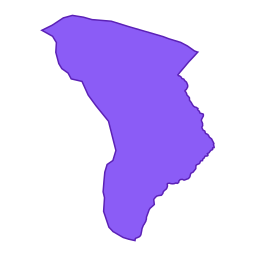 the district of Assoungha, Ouaddaï, Chad
{"feature_id": "50815135B12284790062818", "entity_name": "Assoungha", "entity_type": "district", "adm_level": 2, "iso_a3": "TCD", "parent_name": "Chad", "parent_adm1": "Ouaddaï", "projection": "mercator", "projection_center": [22.07, 13.467], "detail": "fine", "context": "isolated", "style": "filled", "palette": "violet", "viewbox_px": 256, "rotation_deg": 0, "n_neighbors": 0, "source": "geoboundaries", "source_scale": "gbopen_adm2", "svg_char_len": 4103}
<svg xmlns="http://www.w3.org/2000/svg" viewBox="0 0 256 256"><path d="M104.8,172.2L104.0,180.7L103.1,191.8L104.5,197.7L103.6,211.4L108.9,227.2L112.9,231.4L112.9,231.5L123.2,237.5L128.7,239.2L135.0,240.6L135.1,240.0L135.1,239.8L135.3,238.7L135.5,238.5L135.9,238.2L136.0,238.1L137.5,237.6L138.3,237.2L138.8,237.0L139.7,236.5L140.6,235.3L140.9,234.6L141.0,234.3L141.0,234.2L141.3,232.6L141.4,232.3L142.1,228.4L143.2,225.7L143.3,225.4L143.4,225.2L144.3,224.0L144.3,223.9L145.8,221.2L145.9,220.9L146.0,220.3L146.4,219.2L146.4,218.5L146.4,218.1L146.5,216.9L146.6,216.7L147.5,214.3L149.1,209.9L149.2,209.7L149.3,209.5L149.9,208.6L150.0,208.3L150.3,208.1L153.7,205.1L153.9,204.9L154.0,204.8L154.3,204.4L154.1,202.8L154.1,202.7L153.9,200.8L153.7,199.7L153.8,199.4L155.3,197.4L156.8,196.1L158.9,195.5L159.3,195.5L160.1,195.4L160.9,195.3L161.2,195.3L161.6,195.0L161.8,194.8L162.8,193.5L163.0,192.7L163.2,192.0L163.3,191.9L163.8,191.2L164.0,190.9L165.8,189.4L166.3,189.0L166.8,188.2L167.2,187.0L167.5,186.0L167.3,184.8L167.3,184.7L167.2,184.1L167.3,183.9L167.6,183.5L169.3,183.2L169.5,183.2L170.4,183.5L170.7,183.6L171.3,183.7L172.9,183.8L173.3,183.7L173.9,183.7L174.0,183.7L175.6,183.1L176.1,183.1L177.2,183.3L177.4,183.3L177.5,183.2L178.4,182.7L178.5,182.6L178.7,182.3L178.7,181.9L178.8,181.8L178.8,181.5L178.8,181.4L178.9,181.1L179.4,180.5L179.9,179.9L180.6,179.5L182.1,179.4L182.5,179.4L184.0,180.1L184.4,180.0L184.6,180.0L188.4,178.6L189.6,177.2L189.8,176.9L190.0,176.3L190.3,174.9L190.6,173.9L190.7,173.7L191.1,173.1L193.1,172.1L195.0,169.7L195.7,168.8L195.8,168.7L195.8,168.1L195.8,167.8L196.0,165.4L196.8,164.7L197.5,164.4L198.8,163.9L199.3,163.6L199.7,163.2L199.8,162.9L200.5,161.2L200.8,160.9L202.5,160.6L202.6,159.5L203.0,159.0L203.8,158.2L204.0,158.1L204.3,157.8L204.3,157.6L204.8,156.5L205.2,156.1L205.3,156.1L206.2,156.1L206.4,156.0L206.5,156.0L207.1,156.0L207.2,155.9L207.6,155.7L207.8,155.6L207.9,155.4L208.0,154.9L207.8,154.5L207.7,154.3L207.4,153.6L208.0,153.3L208.2,153.2L208.6,153.0L209.0,152.8L209.1,152.7L210.1,151.2L211.0,150.3L211.1,150.2L212.1,149.8L212.5,149.6L212.6,149.4L212.7,149.1L212.5,148.6L212.5,148.2L212.7,147.9L213.1,147.8L214.0,147.7L214.2,147.4L213.7,145.3L213.6,144.7L213.5,144.2L213.9,143.8L213.9,143.7L213.8,143.3L212.7,141.1L211.8,139.3L211.7,139.1L211.6,138.9L209.4,137.2L208.9,136.1L208.4,135.3L207.9,134.6L207.6,134.4L206.7,133.9L206.3,133.8L205.8,133.6L205.2,132.7L204.9,131.2L204.7,131.0L203.8,130.5L203.1,130.1L203.0,129.9L202.8,129.6L202.1,128.2L202.0,127.6L201.9,127.4L202.0,127.2L202.0,126.9L202.1,126.7L202.7,125.7L202.6,125.0L202.6,124.4L202.6,123.6L202.5,123.3L202.4,123.0L202.2,122.4L201.9,121.9L201.6,121.2L201.4,120.7L201.5,119.7L201.6,119.3L202.6,117.4L202.7,117.2L202.8,117.0L203.2,116.3L203.2,116.2L203.3,116.0L203.4,115.1L203.3,114.2L203.2,114.1L202.7,113.9L201.7,113.6L200.6,113.3L199.7,112.7L199.6,112.2L199.4,111.4L198.6,110.6L198.0,110.0L197.9,109.9L197.6,109.3L197.7,109.0L197.7,108.5L197.8,108.4L197.6,108.3L196.7,107.7L195.9,107.2L195.0,107.1L193.7,106.3L193.5,106.1L192.6,104.9L191.3,102.6L191.1,102.3L190.2,101.1L189.7,100.5L189.6,100.3L189.5,100.2L189.5,99.5L189.5,99.4L189.4,97.7L188.5,96.6L188.1,96.2L187.3,95.3L186.8,94.8L186.7,94.2L186.6,93.5L185.7,91.9L185.4,91.6L185.0,91.1L185.1,90.4L185.5,90.1L185.9,89.8L186.1,89.6L186.3,89.5L186.9,88.4L187.7,86.9L187.7,85.4L187.7,85.2L187.4,84.4L186.5,82.2L186.4,82.1L185.3,81.1L184.9,80.8L184.6,80.6L184.4,80.3L184.4,80.1L183.8,79.1L183.5,79.0L183.3,79.0L183.1,78.9L182.1,78.6L181.9,78.5L181.5,77.7L181.3,77.4L181.2,77.3L181.1,77.1L180.5,76.5L179.8,76.1L179.5,75.9L179.4,75.9L179.2,75.8L178.8,75.8L178.4,75.7L178.1,75.2L178.0,74.9L177.9,74.8L179.3,73.1L179.5,72.8L181.9,70.0L188.8,61.8L194.8,55.4L196.9,53.1L197.8,52.1L197.4,52.0L194.4,50.9L187.5,46.0L180.7,42.4L168.9,38.8L163.1,36.6L129.0,26.7L111.3,21.2L97.0,20.0L92.0,19.6L83.5,17.2L72.4,15.4L63.3,17.9L52.0,25.3L41.8,30.3L52.6,36.3L56.4,42.6L55.8,52.3L58.8,63.6L61.8,68.6L68.1,73.1L71.2,78.9L82.0,81.4L88.2,95.1L96.1,105.9L108.5,121.2L115.9,150.5L112.9,160.5L107.1,164.5L104.8,172.2Z" fill="#8b5cf6" stroke="#5b21b6" stroke-width="1.5"/></svg>